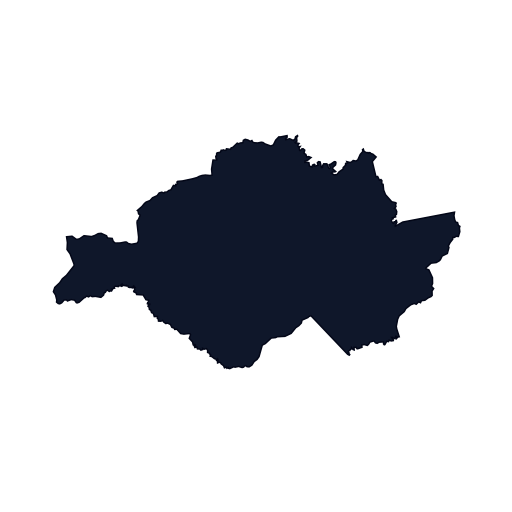 the district of Mueang Prachin Buri, Prachin Buri, Thailand, rotated 258°
{"feature_id": "78962969B52304698369920", "entity_name": "Mueang Prachin Buri", "entity_type": "district", "adm_level": 2, "iso_a3": "THA", "parent_name": "Thailand", "parent_adm1": "Prachin Buri", "projection": "natural_earth1", "projection_center": [101.383, 14.11], "detail": "fine", "context": "isolated", "style": "filled", "palette": "ink", "viewbox_px": 512, "rotation_deg": 258, "n_neighbors": 0, "source": "geoboundaries", "source_scale": "gbopen_adm2", "svg_char_len": 6131}
<svg xmlns="http://www.w3.org/2000/svg" viewBox="0 0 512 512"><g transform="rotate(258 256 256)"><path d="M218.7,443.7L224.2,446.5L225.8,446.2L228.8,448.7L231.5,451.9L233.3,452.3L232.9,454.1L233.7,455.6L233.0,458.0L237.4,460.4L241.1,460.8L242.6,461.6L243.8,460.3L246.8,460.1L247.7,458.3L250.3,457.9L254.2,458.0L257.6,459.3L258.7,406.6L256.1,398.4L256.7,398.4L259.6,400.8L261.6,400.7L261.6,400.2L260.4,399.6L260.8,398.2L259.3,397.4L259.9,396.5L262.5,395.7L263.7,396.5L263.9,397.9L265.1,397.4L265.2,400.7L267.2,400.8L267.5,402.0L270.2,402.9L272.9,402.4L273.7,401.3L275.2,403.2L277.2,403.2L278.6,404.1L279.3,403.4L280.8,400.1L289.1,395.4L293.9,394.6L299.7,395.2L300.4,394.0L303.6,394.8L304.8,394.1L304.5,392.5L308.5,391.5L308.6,389.8L324.2,389.4L327.9,394.1L331.3,391.5L332.3,389.8L333.3,389.1L333.7,388.0L333.2,387.5L334.0,386.5L334.3,385.1L336.1,383.4L338.3,383.2L337.9,382.3L336.1,382.3L333.7,379.1L328.8,375.5L328.1,373.5L329.2,370.9L328.1,369.0L327.9,367.5L329.4,364.5L327.8,364.8L328.0,363.1L327.3,362.6L326.4,362.8L324.4,359.7L322.9,359.2L321.0,354.7L318.9,352.3L319.1,349.2L321.5,347.0L322.2,348.5L321.9,350.8L322.1,351.5L325.4,349.0L326.8,349.7L328.5,352.7L330.6,353.6L331.6,353.4L332.0,352.2L330.4,348.4L330.1,346.5L326.9,347.2L326.2,346.2L326.6,345.5L331.4,344.5L332.1,341.3L330.6,340.0L328.8,339.5L328.8,338.4L334.7,338.3L335.3,336.8L334.5,335.4L331.8,335.6L331.7,331.6L332.5,331.4L333.2,332.4L333.6,332.0L333.2,330.2L331.4,329.3L332.9,326.9L336.2,327.2L337.1,325.5L337.4,323.2L338.8,323.7L339.0,326.6L340.9,330.3L342.3,328.2L342.3,326.2L345.0,325.9L346.6,324.3L349.4,325.7L351.0,324.5L351.3,323.3L350.0,321.3L350.2,320.6L352.7,320.6L353.9,321.9L354.0,320.1L354.9,319.9L356.2,320.4L357.1,321.5L358.0,319.7L358.1,318.2L358.8,317.8L359.9,319.9L363.3,320.3L364.6,321.7L365.2,321.6L364.4,319.5L362.2,318.4L361.8,317.2L361.1,316.8L363.7,313.3L363.6,309.3L364.7,309.3L365.8,311.2L367.3,311.4L367.4,304.9L367.8,303.1L365.2,299.3L361.1,296.1L360.5,293.4L363.8,288.1L365.6,286.4L366.2,284.8L366.2,281.2L367.1,278.0L368.0,276.5L369.8,276.0L369.4,274.1L371.1,272.3L372.4,269.7L371.8,267.7L369.5,266.7L369.8,264.5L369.5,262.0L370.3,261.1L367.1,255.9L366.9,254.1L365.6,253.3L367.0,249.4L365.7,248.6L365.7,247.6L366.6,246.1L366.3,244.6L366.7,244.0L364.9,242.6L365.0,239.4L364.2,238.7L362.4,238.4L362.0,237.4L359.7,237.2L358.9,237.9L358.0,237.5L358.8,233.9L350.2,230.6L344.3,229.9L344.3,227.8L345.7,223.3L346.0,220.0L345.7,217.0L345.0,214.6L344.7,209.9L344.7,199.8L345.3,194.9L344.7,194.0L343.0,194.3L342.6,193.6L342.7,192.3L341.3,192.1L342.2,189.9L338.4,186.5L338.2,184.3L337.1,182.2L337.4,179.9L336.7,179.0L338.0,177.1L337.8,174.4L335.6,171.9L334.5,166.9L332.3,163.9L331.6,159.7L330.6,157.8L328.1,154.7L325.2,149.4L324.5,150.0L321.7,149.9L320.0,151.2L316.0,148.5L315.1,147.1L313.2,146.5L299.0,145.1L294.8,144.0L293.2,142.3L293.4,136.6L294.8,133.6L296.5,132.3L296.9,131.0L297.0,125.8L297.9,121.0L299.9,119.4L303.1,119.0L304.5,114.5L306.9,114.0L310.4,109.2L310.7,106.3L309.6,102.6L309.2,99.2L311.6,92.0L309.5,86.9L309.5,84.4L309.9,83.5L313.6,80.2L314.2,74.7L308.4,74.3L301.6,72.5L296.8,74.6L286.0,76.3L284.4,76.1L276.5,66.6L274.0,61.9L270.7,58.5L267.1,52.6L263.2,50.4L259.6,51.8L254.4,52.0L252.4,51.3L250.6,52.7L250.0,54.1L250.6,56.2L252.9,59.3L252.3,61.7L251.2,62.2L251.8,66.2L250.5,69.4L247.8,70.5L247.3,71.2L247.5,73.3L250.9,79.2L250.9,80.0L252.0,81.9L250.8,83.8L251.7,85.6L250.3,87.3L249.9,90.6L247.8,95.7L249.4,98.7L251.7,100.0L251.7,101.0L253.2,102.4L253.4,103.7L251.8,105.1L252.2,106.7L251.8,107.4L252.9,108.4L253.6,107.9L254.0,111.0L255.0,110.7L255.8,112.0L254.7,114.9L255.4,115.3L254.9,117.2L256.0,117.9L256.4,119.1L254.4,118.5L254.5,119.5L255.2,120.1L254.0,121.9L254.3,123.0L253.5,123.3L253.4,124.5L252.1,124.7L251.3,126.2L251.4,127.3L250.6,128.3L249.9,128.4L251.3,128.8L252.2,130.2L250.4,131.1L250.6,130.0L248.3,130.5L247.0,129.0L246.3,129.1L245.0,130.9L243.1,131.3L241.4,137.5L236.1,139.3L235.0,141.8L233.5,141.3L233.0,140.4L231.9,139.8L231.4,140.4L231.6,141.5L231.2,142.1L230.5,141.9L230.0,140.4L229.3,139.9L228.1,140.8L225.9,140.6L224.8,141.8L222.3,142.1L221.8,143.1L220.4,143.8L217.9,143.9L217.4,147.1L215.7,146.5L214.5,147.3L212.6,147.1L212.0,149.3L212.3,151.3L210.6,152.0L208.7,153.7L208.7,155.6L206.8,158.1L203.7,158.9L202.4,161.0L201.1,161.2L200.8,163.4L195.8,166.2L194.6,169.2L194.1,174.0L193.5,175.5L192.5,175.6L189.3,173.6L185.1,176.1L182.1,176.1L181.6,176.6L182.2,177.9L181.8,178.3L180.8,178.1L180.3,177.0L179.2,177.2L179.3,179.2L177.3,179.4L176.8,181.6L175.4,182.5L175.6,184.5L176.8,184.6L175.6,186.1L175.7,188.3L173.8,189.1L171.7,188.6L170.7,190.2L169.9,190.2L168.9,191.1L167.6,190.3L166.7,192.0L164.1,194.1L163.8,195.2L162.1,195.7L162.2,196.5L163.0,197.1L161.5,197.3L160.8,196.4L159.4,196.2L159.7,197.9L159.0,199.3L157.9,199.4L155.5,201.5L153.2,201.9L153.4,204.1L152.3,204.2L152.7,205.8L151.9,205.7L151.3,206.9L152.3,211.2L151.6,212.4L151.6,216.1L149.8,219.2L149.9,220.8L150.7,221.8L150.9,223.1L149.6,224.2L149.0,226.2L150.1,229.2L153.1,232.2L154.6,235.5L156.9,238.0L167.5,243.6L168.4,246.9L172.6,253.9L172.1,258.2L172.6,260.0L171.4,267.6L173.0,274.3L177.6,280.0L178.9,283.3L181.0,286.4L183.7,287.7L185.0,294.0L185.7,294.9L186.2,297.3L140.8,325.2L139.6,326.6L140.1,327.2L141.6,326.4L141.9,326.8L142.4,326.2L143.7,326.4L144.0,328.1L144.6,328.3L145.4,330.1L146.5,330.4L144.3,331.5L143.7,332.5L146.3,332.8L145.8,335.0L144.3,335.5L144.1,336.2L144.7,340.7L146.9,340.9L146.9,343.4L145.4,346.3L146.2,347.7L148.1,349.5L148.4,353.2L148.2,353.9L146.2,354.8L145.4,356.4L146.1,358.6L145.5,362.8L143.4,362.5L142.5,363.0L142.6,363.7L145.4,366.1L144.7,367.8L146.0,368.7L144.8,370.6L144.7,372.7L145.4,373.0L148.2,371.7L148.1,372.4L146.2,374.9L148.4,375.9L148.2,376.6L146.2,376.5L147.2,377.8L147.2,379.3L155.3,378.5L158.0,378.6L164.7,381.4L167.7,383.6L170.8,389.4L173.4,391.7L176.1,397.2L176.7,400.9L175.5,402.7L177.3,405.5L176.1,407.2L177.9,408.5L177.6,412.0L179.3,415.8L179.9,418.7L180.8,420.1L185.1,420.9L187.2,423.0L189.9,421.3L192.4,423.0L198.1,424.1L206.5,422.2L208.2,419.5L209.0,419.6L212.6,425.8L212.1,430.9L213.1,434.1L214.0,435.5L217.3,438.1L218.7,443.7Z" fill="#0f172a" stroke="#020617" stroke-width="1.5"/></g></svg>